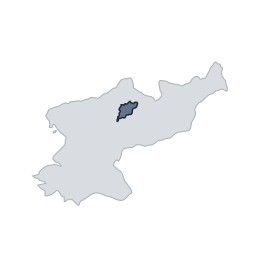 Rangrim, Chagang-do, North Korea (highlighted), rotated 19°
{"feature_id": "82179303B57192008066519", "entity_name": "Rangrim", "entity_type": "district", "adm_level": 2, "iso_a3": "PRK", "parent_name": "North Korea", "parent_adm1": "Chagang-do", "projection": "albers", "projection_center": [127.189, 40.817], "detail": "fine", "context": "in_parent", "style": "filled", "palette": "slate", "viewbox_px": 256, "rotation_deg": 19, "n_neighbors": 0, "source": "geoboundaries", "source_scale": "gbopen_adm2", "svg_char_len": 5087}
<svg xmlns="http://www.w3.org/2000/svg" viewBox="0 0 256 256"><g transform="rotate(19 128 128)"><path d="M152.8,188.2L151.9,188.7L150.3,191.6L148.8,195.3L147.4,197.3L145.7,198.4L143.9,199.1L140.3,199.4L137.1,199.2L136.0,198.8L131.5,199.0L130.3,199.3L123.8,199.0L120.5,199.3L118.3,200.0L116.1,201.5L114.2,203.8L112.6,206.1L109.2,210.5L106.8,212.6L106.8,215.7L106.7,216.6L105.9,217.2L105.6,216.9L104.2,216.7L98.7,213.9L94.2,215.5L93.0,217.7L91.8,218.4L90.1,214.1L87.1,213.9L82.5,210.0L80.5,210.7L79.9,212.3L77.3,215.7L73.6,218.6L72.5,218.9L71.1,218.7L71.4,217.9L70.0,214.6L64.3,213.2L62.3,211.7L61.3,211.4L66.9,207.9L68.4,207.3L67.3,206.4L66.1,205.9L61.6,206.4L59.2,205.1L55.8,205.4L53.4,204.4L58.5,201.0L58.7,198.8L58.7,197.2L61.4,192.6L63.9,190.0L70.5,186.4L73.4,186.0L75.4,186.1L77.1,185.8L75.4,184.4L73.7,183.7L70.3,183.7L66.9,181.5L66.6,179.2L73.6,165.1L73.8,163.8L72.8,160.3L72.5,156.9L67.8,154.8L65.7,154.5L59.6,150.5L57.2,148.5L56.2,149.1L56.0,152.1L55.1,152.8L53.5,153.3L52.8,149.8L51.5,147.3L47.5,144.6L46.1,143.1L46.9,140.1L46.6,139.8L47.3,136.3L49.9,133.8L56.1,129.2L57.7,127.1L60.9,124.5L62.2,124.6L63.7,124.4L64.1,123.3L64.5,122.4L65.7,121.6L68.7,120.3L72.1,118.4L74.8,118.0L78.1,115.2L79.5,114.0L80.8,114.0L81.2,113.4L82.0,112.0L83.0,111.0L84.5,110.9L86.8,110.2L89.8,109.8L91.9,107.5L92.6,105.8L93.9,103.9L96.8,101.9L98.7,98.9L100.9,95.6L102.0,94.6L103.0,94.4L103.6,93.1L104.3,89.7L105.3,86.3L105.9,84.7L108.4,82.9L109.0,82.1L109.5,81.8L110.7,82.1L112.2,81.0L113.7,79.9L115.0,80.3L116.3,81.3L117.7,83.1L118.3,84.6L119.4,85.9L119.6,87.7L120.7,88.5L123.1,88.9L126.9,90.1L129.4,90.2L130.8,91.1L133.8,91.6L139.8,90.8L142.2,91.2L143.2,92.4L144.7,93.3L145.7,93.3L147.0,91.7L148.4,89.2L149.3,87.2L149.2,85.7L148.4,84.1L146.4,82.6L145.1,80.2L143.9,77.8L143.2,77.0L142.6,75.8L142.4,74.0L142.8,72.7L145.8,71.9L149.5,71.3L152.6,71.8L157.7,71.4L160.8,70.6L163.1,70.7L165.2,70.6L166.2,69.6L169.1,67.0L170.5,66.1L172.0,64.3L172.3,62.5L172.5,61.1L173.4,59.5L174.9,57.5L176.2,56.6L177.7,56.7L179.2,57.5L180.2,58.4L181.3,58.1L182.2,56.6L182.8,56.3L184.6,56.1L185.1,55.2L185.7,50.7L186.3,47.2L186.3,44.8L187.8,40.7L188.2,38.2L189.1,37.1L190.2,37.1L191.1,37.8L192.3,38.2L193.8,37.7L194.8,38.3L195.5,39.6L197.8,40.4L198.1,41.1L198.2,45.5L199.5,47.5L201.2,49.3L203.5,50.9L204.7,51.2L205.5,52.4L206.3,54.5L208.0,56.4L208.9,57.9L209.1,59.4L209.9,60.2L208.6,61.2L206.9,60.7L204.0,60.5L200.5,63.6L198.6,64.8L197.2,67.8L194.4,69.6L192.9,71.5L191.0,74.8L189.8,78.0L186.8,81.3L185.1,85.4L185.1,88.9L187.2,92.3L187.5,95.3L186.3,101.6L187.2,108.1L186.4,110.7L177.0,115.5L174.6,117.8L171.2,123.7L166.9,125.9L164.3,128.4L160.6,129.9L158.3,134.0L155.7,136.4L152.6,137.8L150.3,139.7L145.1,139.9L141.4,141.2L138.9,144.6L131.0,148.6L129.9,151.5L130.5,156.1L130.5,159.6L129.8,162.5L128.1,161.7L127.2,162.6L126.1,165.3L126.5,168.3L129.2,169.3L131.4,170.5L134.6,171.1L136.9,172.5L141.9,178.9L146.0,181.6L147.1,182.7L149.4,184.0L151.6,186.2L152.8,188.2ZM60.5,156.3L58.9,157.2L58.9,155.4L60.1,154.0L61.3,153.8L60.5,156.3Z" fill="#d9dde1" stroke="#a8b0b8" stroke-width="1"/><path d="M114.2,108.2L114.3,108.3L114.3,108.5L114.2,109.3L114.1,110.1L113.9,110.8L113.8,111.2L113.7,111.6L113.5,112.0L113.6,112.6L113.6,112.9L113.5,113.2L113.6,113.6L113.9,113.9L114.1,114.0L114.5,114.0L114.9,114.2L115.2,114.7L115.3,115.1L115.1,115.7L114.9,116.3L114.9,116.5L114.9,116.8L114.9,117.2L115.0,117.6L115.3,117.9L115.5,118.4L115.7,118.7L115.6,119.2L115.3,119.9L114.9,120.5L114.8,121.0L115.0,121.5L115.1,122.0L115.2,122.7L115.0,123.4L115.1,123.6L115.2,124.1L115.4,124.6L115.6,125.2L115.8,125.1L116.1,124.7L116.3,124.4L116.3,124.1L116.3,123.9L116.2,122.7L116.2,122.3L116.4,121.9L116.5,121.8L116.6,121.6L116.8,121.6L117.4,121.5L117.6,121.4L117.8,121.3L118.3,120.9L118.6,120.5L118.9,120.2L119.1,120.1L119.3,120.0L120.6,119.7L120.8,119.7L121.0,119.7L121.4,119.5L121.7,119.2L121.8,119.0L122.0,118.2L122.0,117.8L122.0,117.3L122.1,116.9L122.3,116.6L122.4,116.4L122.5,116.2L122.8,115.9L123.0,115.8L124.1,115.5L124.2,115.3L124.5,114.9L124.8,114.7L125.2,114.5L126.0,114.4L126.3,114.2L126.5,114.0L126.6,113.8L126.8,113.3L126.9,113.1L126.9,112.9L126.9,112.7L126.9,112.1L126.7,111.3L126.6,111.0L126.5,110.4L126.4,109.8L126.4,109.4L126.4,108.9L126.4,108.5L126.5,108.3L126.6,108.0L126.9,107.6L127.3,107.3L127.9,106.8L128.1,106.7L128.5,106.4L128.7,106.2L128.9,105.9L129.0,105.6L129.1,105.0L129.2,104.5L129.2,104.3L129.2,104.1L129.2,103.7L129.1,102.9L129.1,102.4L129.0,101.9L128.9,101.5L128.8,101.3L128.7,101.2L128.2,100.9L127.7,100.9L127.2,101.1L126.6,101.3L126.1,101.6L125.9,101.7L125.8,101.9L125.7,102.0L125.7,102.4L125.6,102.6L125.4,102.9L125.0,103.1L124.5,103.3L124.0,103.3L123.8,103.2L123.4,103.1L123.2,103.0L122.9,103.1L122.3,103.0L122.2,103.0L122.1,102.9L121.7,102.6L121.4,102.3L121.2,102.1L121.0,102.3L120.9,102.6L120.7,102.9L120.5,103.2L120.3,103.5L120.2,103.8L120.0,104.3L119.8,104.6L119.6,105.1L119.4,105.4L118.9,105.8L118.4,105.9L118.0,105.9L117.6,105.9L117.3,106.1L117.1,106.5L117.0,106.9L116.7,107.5L116.3,108.0L115.9,108.0L115.5,107.7L115.2,107.8L114.8,108.0L114.2,108.2Z" fill="#64748b" stroke="#1e293b" stroke-width="1.5"/></g></svg>